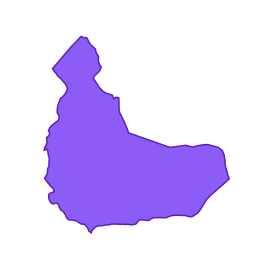 Barroquinha, Ceará, Brazil (Natural Earth projection), rotated 170°
{"feature_id": "56859067B84967197177731", "entity_name": "Barroquinha", "entity_type": "district", "adm_level": 2, "iso_a3": "BRA", "parent_name": "Brazil", "parent_adm1": "Ceará", "projection": "natural_earth1", "projection_center": [-41.162, -3.004], "detail": "fine", "context": "isolated", "style": "filled", "palette": "violet", "viewbox_px": 256, "rotation_deg": 170, "n_neighbors": 0, "source": "geoboundaries", "source_scale": "gbopen_adm2", "svg_char_len": 2058}
<svg xmlns="http://www.w3.org/2000/svg" viewBox="0 0 256 256"><g transform="rotate(170 128 128)"><path d="M73.8,100.9L90.0,101.6L104.8,109.9L128.3,123.1L128.6,125.4L129.1,128.0L130.1,132.8L132.6,141.9L133.6,144.7L133.5,148.4L133.0,151.7L132.2,156.0L131.9,159.4L134.7,160.4L136.9,159.0L137.7,163.1L143.5,166.0L146.5,168.8L149.4,173.3L151.3,177.9L153.5,182.7L152.4,184.7L145.8,189.3L143.9,192.6L145.7,198.1L144.6,203.7L145.6,205.9L146.3,208.2L146.4,211.4L150.5,216.8L153.1,224.3L155.8,224.4L158.1,226.4L170.1,217.6L192.0,199.6L190.7,196.3L189.1,194.0L188.3,191.5L186.9,189.9L185.2,187.7L184.0,185.4L182.0,182.2L181.0,179.2L181.0,176.6L182.5,174.3L184.7,171.9L187.1,169.9L189.1,169.1L190.5,166.9L191.9,164.7L193.3,162.0L194.5,158.5L195.0,155.0L193.8,152.0L194.5,148.3L196.9,146.7L199.0,145.7L201.2,144.5L203.7,143.1L205.5,141.2L206.7,139.2L206.0,136.0L207.6,134.0L209.9,132.6L210.3,127.8L211.8,124.9L213.7,123.1L214.3,120.7L211.7,121.4L211.0,118.4L211.2,115.7L210.7,111.9L211.9,107.5L212.4,104.2L214.4,101.5L215.1,97.7L217.2,95.0L218.8,93.0L217.7,90.3L216.1,87.5L214.3,84.1L212.1,81.2L211.7,78.0L215.0,77.6L217.4,76.5L218.3,73.2L217.8,70.0L216.8,67.7L214.9,66.1L211.9,66.8L209.8,64.8L209.3,61.4L208.2,58.6L206.3,57.1L204.8,53.5L203.9,49.8L202.4,48.0L200.4,47.4L198.2,46.8L195.2,45.6L192.9,43.6L191.2,41.8L187.8,40.7L186.1,38.6L185.0,36.2L184.5,33.4L182.5,31.1L181.3,33.2L179.2,34.8L177.1,36.3L173.8,36.8L170.8,36.3L167.4,36.4L163.4,36.0L160.3,36.2L155.9,35.4L152.2,34.4L150.0,34.3L147.9,33.5L145.7,33.4L141.9,32.2L139.6,31.9L136.9,32.1L135.0,33.9L132.5,35.4L129.4,35.0L126.0,34.0L123.6,33.3L120.7,34.8L117.6,35.1L111.8,34.1L106.2,33.0L100.6,34.1L96.9,33.9L93.2,33.3L91.1,32.7L87.3,32.0L84.0,30.5L81.8,29.6L79.3,29.9L77.5,30.7L74.2,32.1L71.9,34.1L69.9,36.2L67.9,38.5L64.6,42.3L62.4,44.5L60.1,46.0L57.6,47.9L55.1,49.3L53.0,50.6L50.5,52.2L46.8,54.3L37.2,60.3L37.7,63.4L38.6,72.4L38.6,75.6L38.1,78.7L38.0,85.0L39.1,89.4L42.4,93.1L46.0,94.9L52.2,97.8L55.2,98.3L59.3,98.5L67.4,98.1L71.0,99.4L73.8,100.9Z" fill="#8b5cf6" stroke="#5b21b6" stroke-width="1.5"/></g></svg>